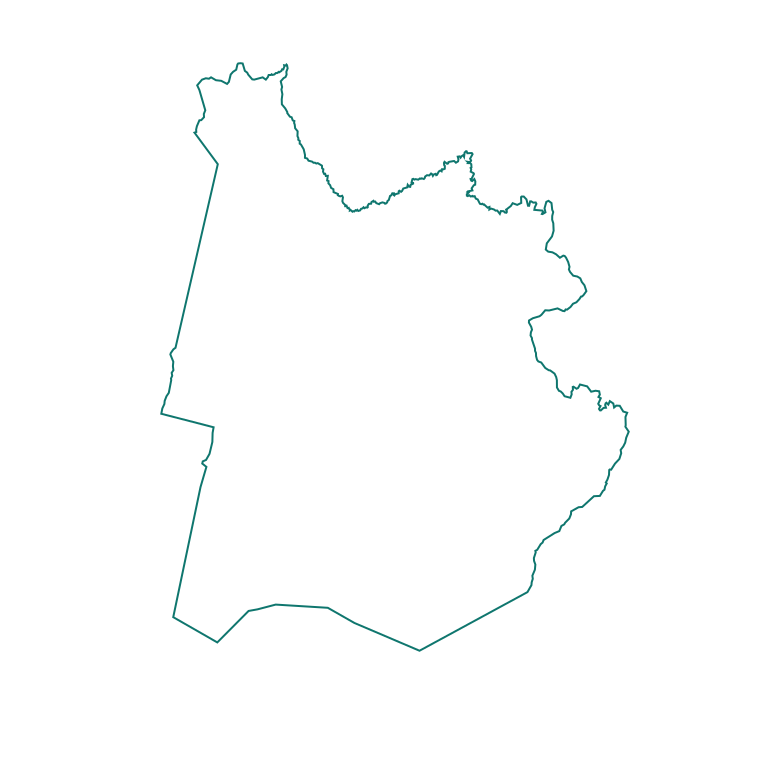 the district of Goudiry, Tambacounda, Senegal, rotated 193°
{"feature_id": "50182788B18390590381778", "entity_name": "Goudiry", "entity_type": "district", "adm_level": 2, "iso_a3": "SEN", "parent_name": "Senegal", "parent_adm1": "Tambacounda", "projection": "natural_earth1", "projection_center": [-12.97, 13.973], "detail": "fine", "context": "isolated", "style": "outline", "palette": "teal", "viewbox_px": 768, "rotation_deg": 193, "n_neighbors": 0, "source": "geoboundaries", "source_scale": "gbopen_adm2", "svg_char_len": 6164}
<svg xmlns="http://www.w3.org/2000/svg" viewBox="0 0 768 768"><g transform="rotate(193 384 384)"><path d="M488.3,94.7L464.9,132.4L456.5,136.0L439.9,144.7L388.4,153.3L359.1,144.5L289.4,132.1L197.4,213.5L195.1,221.2L195.5,224.1L195.2,227.6L196.3,230.6L195.2,237.0L195.9,242.1L198.0,245.4L198.8,248.1L198.3,254.0L199.0,255.5L197.4,256.9L195.3,263.2L193.8,265.2L193.4,267.9L184.3,277.1L180.1,280.1L179.2,285.6L176.8,287.8L176.3,289.6L173.2,294.6L172.5,299.1L173.0,302.0L166.7,307.7L163.2,308.8L154.2,321.9L148.5,323.5L146.6,329.1L145.4,330.6L145.5,334.0L144.6,337.2L145.7,337.9L144.8,341.1L144.3,346.0L145.2,350.9L144.8,351.5L143.4,351.6L141.0,358.4L137.8,363.9L137.3,369.9L138.6,373.0L136.8,377.0L135.8,381.1L135.9,386.2L134.8,392.6L139.2,396.7L139.2,398.2L141.3,406.2L140.6,410.7L144.7,411.0L149.4,415.8L152.8,415.2L154.5,412.9L156.2,416.6L160.1,418.1L160.8,414.4L163.1,415.8L163.7,415.0L163.8,413.3L162.4,410.8L164.7,410.1L166.8,407.0L167.7,406.9L168.9,408.1L168.1,411.2L169.4,411.5L170.8,412.9L169.6,418.9L172.1,419.6L171.3,422.2L172.7,425.3L176.4,425.0L180.4,423.1L185.5,427.4L192.9,427.6L194.0,423.8L195.3,422.7L198.8,424.0L199.4,423.6L198.6,420.8L199.6,418.5L198.8,416.1L199.3,412.5L205.3,412.7L207.7,415.0L210.2,416.5L212.0,416.7L214.7,419.5L216.4,426.6L217.8,429.5L220.2,432.5L225.1,434.6L226.6,434.5L230.5,435.9L235.6,440.3L238.7,440.7L240.3,442.0L242.1,445.4L242.9,448.4L244.3,450.3L244.8,452.4L249.9,460.7L250.1,461.9L252.1,464.2L252.5,467.5L252.0,470.2L253.4,472.8L256.6,476.4L257.0,478.5L253.7,481.6L247.7,485.0L246.2,486.8L243.5,492.1L239.6,492.8L231.9,496.7L226.1,495.4L224.5,495.6L223.8,497.5L222.4,497.6L219.6,501.0L217.9,504.7L214.9,506.9L212.7,510.7L211.7,513.5L210.8,513.8L209.7,515.3L207.7,520.0L210.9,525.3L214.2,527.9L216.5,531.1L219.8,532.2L224.0,532.1L228.0,535.1L229.6,537.2L229.6,539.9L232.0,544.3L235.1,548.1L236.8,549.4L238.2,549.4L241.0,546.6L245.5,549.1L249.5,550.2L253.8,549.9L256.6,551.4L257.0,557.7L253.5,565.6L253.2,571.5L255.2,578.7L257.1,581.9L257.9,585.6L257.8,589.6L259.3,591.6L261.5,598.0L264.9,599.5L266.8,598.0L267.1,591.3L265.3,587.6L267.8,585.2L268.4,585.2L267.8,587.6L268.7,588.6L276.7,587.5L276.8,590.2L276.0,593.8L277.0,595.0L279.4,594.3L281.7,595.1L282.7,594.8L282.7,590.3L283.8,590.1L286.7,595.9L290.0,598.1L292.1,597.6L292.5,596.9L291.0,591.3L294.5,588.5L299.3,589.1L300.5,585.9L303.5,582.2L303.5,581.3L304.1,581.2L303.0,579.3L303.3,578.4L304.9,578.3L306.3,579.3L309.0,578.8L309.4,575.8L312.7,578.5L314.3,578.0L316.1,578.8L319.2,579.0L320.6,577.7L321.1,580.2L322.7,579.1L326.9,581.5L327.4,581.1L328.7,581.8L329.6,581.1L331.1,581.2L334.2,584.9L336.3,585.3L337.9,587.4L339.4,586.7L340.0,587.2L341.6,586.2L343.6,587.1L344.6,585.9L345.6,586.1L346.0,587.5L344.6,589.6L346.0,589.9L345.7,590.5L341.4,592.5L342.6,594.4L341.2,597.9L340.0,598.7L340.6,602.0L342.1,604.0L343.7,601.6L344.6,601.7L345.5,602.7L345.7,603.2L344.9,603.3L343.6,608.9L344.2,609.6L347.3,610.4L347.3,612.8L348.2,614.0L347.5,614.7L348.4,617.8L349.6,618.6L352.0,618.1L351.8,618.9L352.5,619.3L350.6,619.4L349.5,620.7L349.4,621.4L350.8,622.9L349.4,627.9L350.4,628.8L354.7,627.6L355.8,629.3L356.4,629.3L357.5,627.7L357.1,623.4L358.3,624.8L359.8,623.2L360.3,621.8L361.5,622.8L363.3,622.1L362.0,619.7L361.9,617.6L363.7,615.8L365.7,617.0L366.5,616.8L370.5,615.1L371.2,614.5L371.1,613.4L372.0,612.8L375.0,614.1L375.3,612.9L374.6,610.8L373.8,610.2L373.2,607.4L374.4,606.5L375.7,606.4L375.7,604.2L377.1,604.7L378.4,603.4L379.4,599.7L380.1,599.2L381.0,600.4L382.7,599.3L383.2,597.8L384.4,599.3L385.5,599.7L386.8,597.4L389.1,597.1L390.6,595.4L390.6,594.0L391.3,592.7L393.5,592.9L394.2,592.2L395.2,592.4L396.6,590.8L399.4,590.7L400.4,590.0L401.6,590.5L402.4,590.0L402.5,586.5L400.9,586.5L400.7,585.8L402.9,584.0L402.8,582.0L403.9,581.9L405.7,583.4L405.6,580.8L409.2,578.8L409.8,576.2L410.6,575.1L412.5,575.8L413.0,575.1L412.6,573.1L415.8,571.4L416.3,570.0L417.0,570.3L417.2,572.0L418.8,571.7L419.4,569.4L420.4,568.6L420.7,564.4L421.8,563.0L421.8,561.6L422.7,560.3L423.5,559.9L424.2,560.5L426.4,560.6L428.5,559.3L429.2,558.1L432.2,558.5L433.6,559.8L434.9,559.3L435.5,560.1L437.1,558.5L437.1,556.8L439.3,556.1L440.0,554.1L439.6,552.6L440.0,552.1L441.2,552.1L442.6,550.9L443.7,551.6L444.5,550.2L445.8,549.5L446.3,547.8L448.0,546.8L449.2,547.7L449.9,546.7L450.8,547.0L451.8,545.4L452.9,545.5L453.5,544.8L455.6,546.0L456.3,545.4L456.4,546.4L457.6,546.9L458.0,547.7L459.1,547.2L460.6,549.3L461.4,548.6L461.8,548.5L462.1,549.7L464.7,551.3L465.7,552.8L466.0,556.6L467.1,558.0L468.8,557.0L470.1,557.1L471.5,557.6L471.6,558.8L476.3,559.6L477.1,562.4L479.7,563.2L481.2,565.6L483.3,567.0L483.7,569.3L485.2,569.5L485.6,574.2L487.5,573.6L488.6,575.6L489.6,575.2L491.2,577.2L491.4,579.6L492.8,580.2L493.6,582.8L498.2,584.3L499.6,583.6L501.1,584.1L502.5,583.7L504.0,584.5L507.8,584.6L509.5,586.4L511.9,586.6L512.5,589.4L515.0,594.6L518.8,598.7L520.2,599.2L520.8,601.9L522.5,602.7L522.7,604.2L524.1,606.1L525.0,610.8L528.1,613.2L529.4,616.8L530.3,618.1L530.5,620.1L532.2,620.3L534.0,623.1L535.8,623.3L539.2,626.2L539.4,627.2L542.2,630.3L546.4,633.5L547.7,638.4L548.2,643.5L550.2,647.9L550.1,650.5L552.7,655.7L550.6,659.5L549.0,660.9L548.5,663.5L549.4,666.2L548.9,669.9L550.2,672.8L550.9,673.3L551.3,672.2L553.0,672.1L552.5,671.0L552.9,667.9L554.0,667.8L554.4,666.0L556.3,664.1L556.8,664.4L558.1,662.9L559.4,662.6L560.4,661.0L562.1,660.1L563.2,660.5L563.6,659.7L565.9,659.1L566.2,656.9L567.6,654.0L571.2,655.5L578.9,651.4L580.9,651.2L585.9,654.9L587.3,656.6L590.0,657.8L593.8,664.5L595.9,664.3L598.2,663.5L598.7,662.4L598.7,657.0L601.3,654.2L603.0,651.1L603.1,643.5L604.4,641.1L610.8,642.8L616.1,642.2L621.5,643.9L623.2,642.1L626.4,641.8L629.8,639.6L633.2,633.0L630.0,628.9L619.7,610.5L620.3,606.6L619.4,603.5L621.4,600.0L623.2,599.4L624.3,593.1L624.3,589.7L623.6,587.3L625.2,586.3L595.4,560.8L595.3,372.4L597.0,370.4L598.7,366.2L598.8,364.7L594.3,358.3L593.7,353.9L592.3,350.1L593.4,347.1L592.2,344.4L592.8,341.3L592.2,340.0L591.7,327.0L593.2,323.1L593.9,318.2L593.5,315.1L594.5,310.3L594.3,304.9L540.3,303.5L540.0,297.8L538.2,288.9L538.3,276.7L540.3,270.0L543.2,267.8L543.2,265.6L538.4,263.3L539.6,242.3L536.9,109.4L488.3,94.7Z" fill="none" stroke="#0f766e" stroke-width="2"/></g></svg>